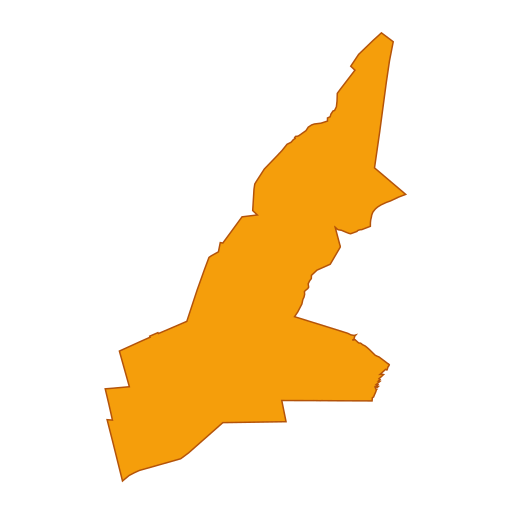 outline of Escobedo, Coahuila, Mexico, rotated 257°
{"feature_id": "50627088B23195967378884", "entity_name": "Escobedo", "entity_type": "district", "adm_level": 2, "iso_a3": "MEX", "parent_name": "Mexico", "parent_adm1": "Coahuila", "projection": "equal_earth", "projection_center": [-101.288, 27.307], "detail": "fine", "context": "isolated", "style": "filled", "palette": "amber", "viewbox_px": 512, "rotation_deg": 257, "n_neighbors": 0, "source": "geoboundaries", "source_scale": "gbopen_adm2", "svg_char_len": 2668}
<svg xmlns="http://www.w3.org/2000/svg" viewBox="0 0 512 512"><g transform="rotate(257 256 256)"><path d="M66.8,75.3L70.7,83.0L72.2,88.8L73.0,92.7L73.3,94.3L74.2,113.0L75.4,137.0L79.4,146.2L79.6,146.5L101.1,186.2L87.8,248.0L99.0,248.3L109.4,248.6L102.2,279.3L102.2,279.5L100.5,286.3L100.4,287.0L96.8,302.1L88.7,336.5L91.7,337.5L92.1,338.6L92.2,338.9L93.3,339.6L96.8,342.2L98.4,343.1L98.9,343.7L99.1,343.0L100.5,342.7L101.5,342.5L100.8,344.9L101.4,345.9L102.1,343.8L102.5,344.9L103.2,345.8L103.7,344.2L106.0,348.6L106.6,347.0L107.7,349.1L108.8,348.2L110.5,351.4L111.8,353.6L112.5,352.0L112.8,350.3L116.4,356.8L115.7,357.6L115.5,357.9L115.9,358.3L118.1,359.6L118.9,360.5L119.4,361.0L120.1,361.4L120.4,361.2L121.1,360.8L121.1,360.5L121.4,360.3L121.8,360.0L127.8,355.0L128.1,354.7L129.7,353.4L130.3,352.7L130.8,351.9L132.5,349.8L136.1,347.5L139.1,345.6L141.1,344.2L141.8,343.7L143.8,342.1L145.7,339.8L146.1,339.5L146.8,339.0L147.6,338.2L148.0,336.8L148.5,336.3L148.8,336.0L149.1,335.8L149.3,335.7L151.0,334.5L152.2,333.7L152.3,330.9L153.0,332.8L155.6,334.1L156.6,335.5L156.5,333.8L157.7,331.0L157.8,330.8L157.9,330.6L159.6,328.6L160.3,327.6L161.3,325.9L188.2,279.9L192.0,284.0L198.9,289.9L203.1,291.9L205.1,293.5L207.8,294.8L208.7,294.9L210.5,295.2L211.4,296.6L212.6,299.1L213.8,300.3L217.2,300.6L219.9,302.8L221.5,304.8L224.7,305.7L228.5,312.2L231.3,326.5L245.6,340.0L246.1,340.2L247.3,340.3L247.7,340.2L266.3,339.6L266.1,339.8L264.0,341.1L263.1,342.0L261.8,345.1L258.6,349.5L257.0,351.9L256.4,353.2L257.2,359.8L258.0,361.1L258.2,363.3L257.9,364.9L259.2,374.1L262.8,375.0L265.4,375.9L267.8,377.1L269.9,378.0L272.3,379.6L274.0,381.6L275.1,383.1L276.4,385.6L277.7,389.4L278.9,395.1L279.4,399.4L281.3,408.1L282.4,415.7L315.2,391.3L349.0,404.4L396.3,422.2L416.2,430.0L433.9,437.9L436.8,435.5L445.2,428.4L439.7,418.6L429.4,401.4L419.6,391.0L414.8,394.2L399.7,375.9L396.2,371.8L388.7,369.8L383.3,367.9L380.1,365.3L380.0,363.7L377.4,360.9L375.0,359.6L374.4,356.7L371.4,356.0L370.8,349.2L371.5,342.5L371.2,339.7L369.8,335.9L366.9,332.9L363.6,324.8L363.3,323.0L363.7,321.8L362.8,320.3L361.7,320.6L361.0,318.5L360.8,318.4L358.9,315.7L357.9,311.4L352.7,304.8L352.0,303.7L351.4,302.9L351.2,302.7L351.0,302.1L350.1,300.9L338.9,283.7L328.4,272.9L326.4,271.0L321.6,269.1L301.0,263.0L295.7,266.5L297.3,251.2L284.5,236.4L276.1,226.6L277.1,224.2L268.5,220.3L266.3,212.6L265.3,210.1L265.1,209.8L254.8,203.0L254.5,202.8L236.1,191.0L207.9,173.9L202.4,143.5L203.4,143.2L201.8,134.4L200.7,134.6L198.6,123.7L194.1,101.5L193.9,101.5L157.1,103.2L159.1,88.8L159.1,88.6L160.5,79.2L144.9,79.3L128.4,79.2L130.0,74.1L108.0,74.6L66.8,75.3Z" fill="#f59e0b" stroke="#b45309" stroke-width="1.5"/></g></svg>